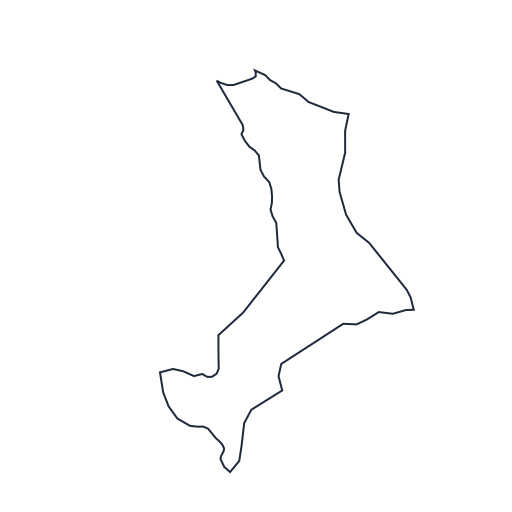 the border of Amuru, rotated 328°
{"feature_id": "UGA-5601", "entity_name": "Amuru", "entity_type": "District", "adm_level": 1, "iso_a3": "UGA", "parent_name": "Uganda", "parent_adm1": "", "projection": "natural_earth1", "projection_center": [31.868, 3.088], "detail": "fine", "context": "isolated", "style": "outline", "palette": "slate", "viewbox_px": 512, "rotation_deg": 328, "n_neighbors": 0, "source": "natural_earth", "source_scale": "10m", "svg_char_len": 1216}
<svg xmlns="http://www.w3.org/2000/svg" viewBox="0 0 512 512"><g transform="rotate(328 256 256)"><path d="M347.2,103.7L350.9,103.5L353.0,100.4L353.4,98.1L359.7,107.5L361.1,114.2L364.4,120.1L366.1,127.3L378.5,141.7L382.2,153.3L398.3,175.0L409.8,184.7L397.9,197.1L386.3,215.7L366.6,235.0L360.8,246.0L354.3,268.7L353.6,289.7L358.9,304.8L365.9,364.6L365.2,373.0L361.3,385.2L354.6,381.3L341.4,377.5L330.4,368.6L316.1,368.6L305.1,367.3L294.0,359.7L220.2,360.9L211.4,369.9L207.0,383.9L170.6,383.9L157.4,391.5L143.1,409.4L133.2,420.9L119.5,425.5L117.3,417.9L118.3,409.4L119.9,407.5L125.3,404.2L127.0,402.3L127.5,398.0L126.7,393.6L125.5,389.6L123.8,376.9L120.7,372.6L116.0,369.8L110.0,365.0L103.2,352.2L102.2,337.2L105.0,322.5L112.9,303.8L125.7,307.8L133.2,315.2L139.8,325.0L147.9,327.6L150.6,332.7L154.6,335.1L160.4,334.9L164.7,331.7L172.5,318.8L182.2,303.2L215.0,297.2L277.3,274.8L278.5,267.7L279.2,260.3L290.7,238.8L291.1,231.1L293.0,224.2L297.7,219.3L301.4,213.6L304.6,207.2L306.4,200.4L304.9,192.7L305.5,185.2L311.7,172.3L310.9,166.2L308.3,159.9L307.6,152.3L308.2,145.0L312.0,142.6L314.1,138.1L315.6,86.8L315.6,86.5L317.7,90.3L322.4,96.0L327.6,99.1L347.2,103.7Z" fill="none" stroke="#1e293b" stroke-width="2"/></g></svg>